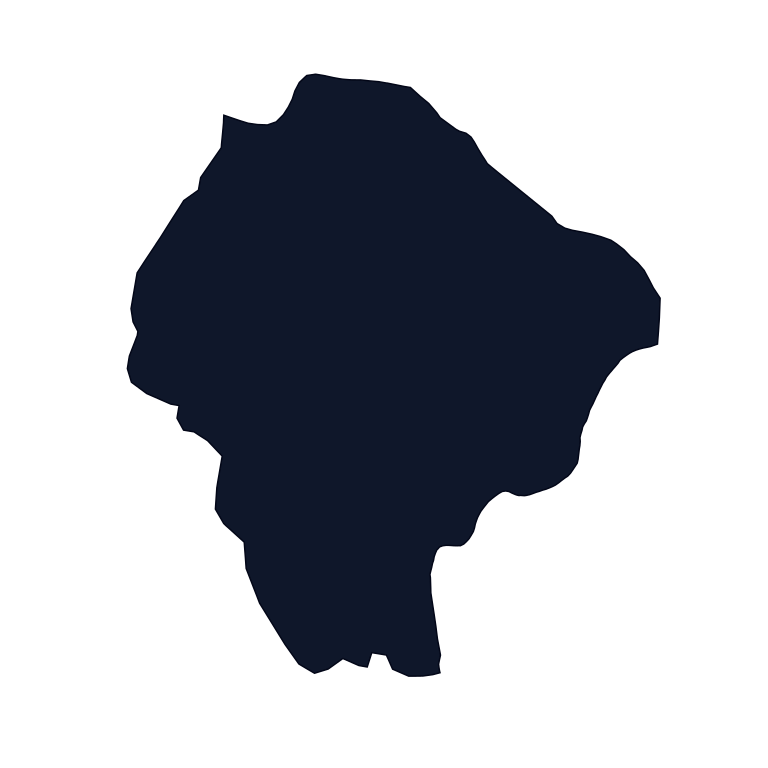 Sa'fan, Sana'a, Yemen (Albers equal-area conic projection), rotated 190°
{"feature_id": "15242507B56189599867675", "entity_name": "Sa'fan", "entity_type": "district", "adm_level": 2, "iso_a3": "YEM", "parent_name": "Yemen", "parent_adm1": "Sana'a", "projection": "albers", "projection_center": [43.578, 15.072], "detail": "fine", "context": "isolated", "style": "filled", "palette": "ink", "viewbox_px": 768, "rotation_deg": 190, "n_neighbors": 0, "source": "geoboundaries", "source_scale": "gbopen_adm2", "svg_char_len": 3611}
<svg xmlns="http://www.w3.org/2000/svg" viewBox="0 0 768 768"><g transform="rotate(190 384 384)"><path d="M588.4,620.9L587.8,616.2L587.4,613.5L587.2,611.2L587.0,608.9L586.5,603.0L585.6,591.5L585.4,589.9L585.3,588.3L600.4,555.5L600.4,542.7L613.0,529.9L615.9,522.7L620.6,511.4L624.8,501.2L629.7,489.2L632.3,483.3L632.8,482.2L632.9,481.8L641.0,463.3L646.4,450.6L646.3,431.2L646.2,414.3L641.9,401.6L635.5,393.1L635.4,388.8L635.7,387.3L636.0,385.9L636.6,382.6L639.6,367.4L639.6,365.2L639.4,354.6L633.0,341.9L629.0,339.9L616.0,333.4L613.1,332.7L612.3,332.5L590.5,327.2L582.0,327.2L582.0,323.0L581.9,314.4L573.4,303.8L562.7,303.9L557.5,301.6L556.5,301.2L547.9,297.6L530.8,284.9L530.8,284.6L530.7,264.8L530.7,259.3L530.6,252.8L528.3,231.5L517.6,218.8L514.8,216.9L512.8,215.7L494.2,204.0L490.0,187.6L487.7,178.4L487.4,177.9L473.8,155.5L473.0,154.2L468.4,146.5L459.6,136.6L436.3,110.4L419.2,93.5L411.6,90.6L402.2,87.1L389.5,93.6L376.9,106.5L376.7,106.5L359.9,102.4L351.4,102.4L349.4,117.3L344.0,117.4L334.6,117.5L332.6,114.6L326.0,104.7L309.0,100.6L301.8,101.9L295.0,103.2L285.4,106.3L278.7,109.4L279.4,110.9L280.6,114.2L281.6,117.5L281.5,122.4L281.3,126.8L287.1,142.2L289.8,150.9L290.7,153.9L294.2,164.5L301.6,186.4L302.6,191.4L304.7,201.4L305.7,204.4L305.5,207.8L305.2,211.7L305.1,215.6L304.6,218.9L304.6,222.7L304.0,226.3L303.2,229.7L302.4,230.8L301.0,233.2L298.1,234.9L294.6,236.0L291.2,236.5L287.3,236.9L283.9,237.4L282.2,237.8L280.7,238.0L279.5,238.9L277.7,240.2L275.5,243.1L273.5,246.2L273.4,246.4L271.9,250.1L270.4,254.2L269.9,258.0L269.8,261.9L269.3,265.3L268.7,268.7L267.7,272.0L266.5,275.5L264.7,279.1L263.8,280.8L262.5,283.2L260.8,286.3L257.8,289.9L255.3,292.7L251.9,296.2L248.9,298.7L245.6,299.8L242.2,299.8L239.0,298.8L235.6,298.0L233.8,297.7L231.7,297.6L230.3,298.0L226.4,298.4L224.8,298.9L221.4,300.3L218.4,302.0L215.7,303.6L215.4,303.8L212.3,305.3L209.4,307.0L206.1,308.6L204.5,309.6L203.3,310.3L200.4,312.2L197.7,314.2L194.8,317.1L192.5,319.7L190.0,322.4L188.5,323.9L188.2,324.1L187.0,325.3L184.8,328.7L183.3,332.0L181.5,336.1L180.0,339.6L179.8,343.4L180.0,346.8L180.2,350.5L180.4,353.8L180.4,357.2L180.8,361.5L181.7,365.2L181.5,368.8L181.0,372.7L180.9,376.2L179.8,379.6L178.4,382.8L177.8,386.3L177.3,390.1L177.0,393.7L176.0,397.1L174.8,400.8L174.4,402.4L173.8,404.7L172.9,408.3L171.7,412.1L170.7,416.0L169.7,419.2L168.7,422.6L167.2,426.2L166.2,429.4L164.6,432.4L163.1,435.1L162.9,435.3L160.9,438.8L159.2,441.6L157.1,445.2L155.8,448.3L153.2,451.3L150.4,454.2L147.5,457.0L144.8,459.2L144.1,459.6L141.8,461.1L138.6,462.8L134.9,464.5L131.7,465.7L128.2,467.1L125.4,468.7L121.6,470.8L122.1,475.7L122.8,482.9L124.3,496.9L127.0,516.5L135.5,525.5L140.8,532.5L147.6,541.1L155.3,547.4L163.4,552.2L171.0,557.9L179.3,562.3L185.5,565.0L193.2,566.3L196.4,566.8L205.1,567.6L214.8,568.0L225.4,568.1L233.0,568.9L241.5,572.1L247.8,578.4L309.4,612.6L315.6,616.1L320.6,619.0L323.8,622.6L327.3,626.3L332.4,632.2L337.2,638.1L341.2,642.3L346.8,645.2L353.5,646.0L357.4,647.3L364.9,651.0L375.0,656.0L379.1,660.2L388.6,668.0L398.8,673.8L409.5,680.6L415.2,680.5L415.8,680.5L424.1,680.7L433.2,680.9L433.9,680.8L441.8,680.8L450.7,680.0L459.6,679.4L463.8,678.7L468.5,677.9L470.2,677.7L471.1,677.6L472.2,677.5L477.5,677.0L480.8,676.9L484.9,676.9L486.6,676.9L494.1,677.2L495.7,677.3L497.6,677.3L505.0,677.2L505.8,677.0L507.5,676.4L513.6,674.4L515.2,672.4L519.7,666.3L522.6,657.2L523.8,648.5L526.3,640.1L528.8,634.2L529.8,631.8L533.7,626.2L535.1,624.2L535.5,623.5L543.9,618.8L545.0,618.7L545.8,618.6L553.8,617.5L563.1,617.2L564.7,617.4L571.8,618.3L580.9,619.7L588.4,620.9Z" fill="#0f172a" stroke="#020617" stroke-width="1.5"/></g></svg>